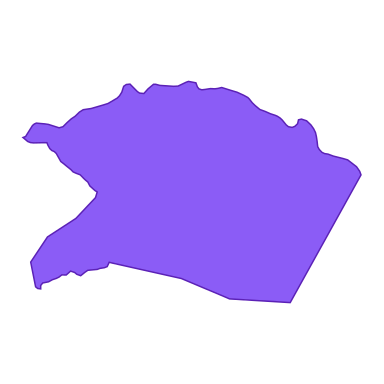 outline of Guadalupe, Piauí, Brazil
{"feature_id": "56859067B67067053626409", "entity_name": "Guadalupe", "entity_type": "district", "adm_level": 2, "iso_a3": "BRA", "parent_name": "Brazil", "parent_adm1": "Piauí", "projection": "orthographic", "projection_center": [-43.76, -6.842], "detail": "fine", "context": "isolated", "style": "filled", "palette": "violet", "viewbox_px": 384, "rotation_deg": 0, "n_neighbors": 0, "source": "geoboundaries", "source_scale": "gbopen_adm2", "svg_char_len": 1693}
<svg xmlns="http://www.w3.org/2000/svg" viewBox="0 0 384 384"><path d="M23.0,137.5L27.7,141.5L30.5,142.6L33.6,142.9L42.8,142.7L46.9,142.7L48.0,145.4L49.8,148.6L51.8,150.5L54.3,151.6L56.3,153.5L60.8,161.5L63.9,163.9L66.3,165.9L70.9,169.6L73.1,171.9L76.2,173.3L80.2,174.8L83.9,178.6L85.6,180.2L87.8,182.0L89.9,186.0L94.9,190.5L97.2,192.0L95.5,197.6L75.9,218.4L47.5,236.9L30.7,262.1L35.6,286.8L37.7,288.5L40.7,288.9L40.7,285.5L42.7,283.0L48.6,281.8L52.4,279.7L56.3,278.4L59.0,277.1L61.8,274.9L66.2,275.0L70.6,271.1L74.7,272.5L76.8,274.3L80.7,275.7L82.7,274.1L84.9,272.3L87.8,270.3L97.3,269.4L99.9,268.4L104.4,267.7L107.2,266.6L109.2,262.3L112.9,263.2L181.3,278.5L227.3,297.9L229.5,298.9L290.2,302.6L361.0,174.9L359.7,171.3L356.5,166.7L347.7,159.9L343.0,158.5L333.4,156.1L328.0,154.1L324.6,153.6L321.9,152.3L319.3,149.5L317.7,146.7L317.1,141.3L316.4,136.6L315.5,132.6L313.6,128.7L310.9,124.9L306.6,120.8L301.5,119.1L298.5,119.8L297.6,123.7L294.9,126.3L292.2,127.4L288.4,126.7L286.2,124.9L282.3,120.1L280.1,118.0L277.3,116.2L275.2,115.3L270.3,113.7L265.1,111.4L259.9,109.5L255.2,105.6L252.2,102.7L249.4,99.1L247.8,97.5L243.6,95.2L237.0,92.2L231.3,90.5L221.7,87.5L217.9,88.4L214.8,88.8L210.4,88.6L205.3,89.4L201.8,89.8L199.0,88.9L197.4,86.9L195.9,82.8L188.5,81.4L186.2,82.2L178.0,86.1L173.5,86.3L159.8,85.4L155.8,84.3L153.5,84.3L148.1,88.8L143.9,93.5L139.6,93.1L137.4,91.6L130.0,84.1L126.3,84.5L123.7,86.3L123.0,88.4L121.8,92.2L119.5,95.8L117.2,98.1L108.0,103.5L103.2,105.0L91.2,108.5L83.2,109.7L79.4,112.1L75.2,116.2L71.2,118.9L67.1,122.6L63.0,126.7L59.1,127.8L48.4,124.4L44.9,123.9L36.3,123.1L34.3,124.0L32.5,125.5L25.6,136.5L23.0,137.5Z" fill="#8b5cf6" stroke="#5b21b6" stroke-width="1.5"/></svg>